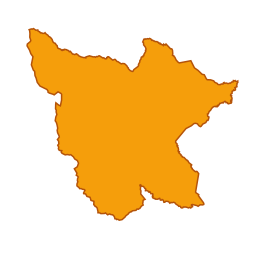 Marrupa, Niassa, Mozambique, rotated 274°
{"feature_id": "85939544B26738067837562", "entity_name": "Marrupa", "entity_type": "district", "adm_level": 2, "iso_a3": "MOZ", "parent_name": "Mozambique", "parent_adm1": "Niassa", "projection": "orthographic", "projection_center": [37.58, -13.04], "detail": "fine", "context": "isolated", "style": "filled", "palette": "amber", "viewbox_px": 256, "rotation_deg": 274, "n_neighbors": 0, "source": "geoboundaries", "source_scale": "gbopen_adm2", "svg_char_len": 5846}
<svg xmlns="http://www.w3.org/2000/svg" viewBox="0 0 256 256"><g transform="rotate(274 128 128)"><path d="M217.6,137.6L214.8,136.7L214.2,137.5L212.0,137.8L210.0,139.6L208.3,140.4L207.0,140.4L206.7,140.0L205.6,140.3L202.6,138.8L201.2,138.7L200.8,137.8L200.0,137.7L200.0,137.0L199.5,136.3L197.3,136.0L196.3,135.2L194.5,135.1L192.2,134.0L191.3,134.2L190.1,133.7L186.7,129.8L184.8,128.9L184.7,128.2L185.4,126.2L187.2,124.2L188.0,124.1L188.7,123.2L190.0,122.5L191.9,120.1L192.0,118.2L191.5,116.8L193.5,113.3L193.6,112.4L195.5,110.5L195.5,109.7L194.8,108.5L194.7,107.9L197.7,103.7L197.7,102.9L196.9,102.5L196.8,101.8L195.7,101.8L195.4,100.7L195.7,99.7L196.4,99.0L196.1,98.0L198.0,94.5L197.8,93.6L197.0,92.6L197.1,91.5L196.3,90.6L196.7,89.8L196.5,88.4L197.3,84.5L196.0,81.1L195.0,81.0L195.3,79.9L195.1,79.2L195.6,76.4L196.5,74.0L197.3,73.3L197.7,72.2L198.3,71.8L198.4,71.2L197.5,69.8L197.9,68.5L197.9,67.5L200.5,65.1L200.0,64.1L201.1,63.3L201.3,61.9L201.8,61.5L202.1,59.1L201.8,58.5L201.4,58.7L201.1,58.0L201.4,57.1L200.8,57.0L200.8,56.5L202.0,55.1L202.6,52.6L204.2,51.8L205.2,51.6L206.1,50.4L207.4,49.6L207.5,48.7L208.7,47.1L211.1,46.1L212.2,45.1L213.0,44.3L213.9,42.5L215.0,41.6L216.1,39.7L217.3,38.6L216.6,38.0L216.4,36.4L216.9,35.3L216.7,34.5L217.2,33.5L217.9,33.2L218.2,31.7L219.5,31.2L219.1,29.3L220.6,26.8L219.9,25.5L220.1,24.7L219.2,22.5L218.1,23.1L215.4,23.6L211.7,23.7L208.6,24.9L207.5,24.6L204.7,21.7L202.9,21.6L198.9,24.3L195.3,25.9L192.5,28.2L184.3,27.2L179.2,29.5L178.0,30.9L173.7,31.6L171.5,32.8L167.2,34.3L163.7,37.3L160.8,44.4L159.5,45.5L158.0,45.8L157.3,47.3L156.4,51.1L155.9,52.0L159.2,55.7L157.8,58.7L157.0,59.4L151.2,59.8L145.4,59.0L146.0,57.3L148.1,54.3L146.7,54.2L142.0,54.4L140.8,55.2L139.0,55.2L136.5,56.1L133.9,55.2L130.1,54.9L128.6,56.1L126.5,56.9L122.9,57.9L120.8,57.5L118.3,58.1L115.5,59.7L114.2,60.1L111.5,58.4L110.2,59.6L109.2,59.8L107.4,60.1L105.9,59.1L104.2,60.2L102.4,60.0L100.9,61.0L100.8,63.5L99.4,63.0L98.2,63.9L96.8,67.2L97.3,69.3L97.0,71.7L97.4,72.8L95.4,75.6L93.4,77.0L92.0,79.7L89.5,81.1L85.8,80.1L83.6,77.3L79.4,80.2L77.2,79.7L76.7,80.8L75.7,81.8L73.9,81.2L71.8,81.2L70.9,81.7L68.6,81.0L66.8,81.1L66.2,81.6L65.5,82.9L64.1,84.1L64.3,85.6L63.8,86.5L63.5,88.9L62.9,89.4L60.0,88.2L59.4,88.4L59.3,90.3L56.9,91.8L56.2,95.0L53.2,96.1L52.5,99.1L49.1,99.2L48.3,100.2L47.5,100.6L47.3,101.5L46.1,102.8L42.1,104.0L41.4,103.9L41.3,105.9L40.7,106.9L41.1,110.5L41.7,111.5L40.0,113.7L41.0,115.8L40.4,117.0L40.4,118.7L38.8,120.5L36.5,121.3L36.5,122.6L35.9,123.0L36.2,123.8L36.0,124.9L35.4,125.6L36.2,128.5L38.9,131.2L40.3,132.0L42.3,134.3L43.2,134.7L44.6,136.5L44.7,137.4L45.7,138.1L46.4,141.7L47.8,142.7L47.7,144.1L48.4,144.8L48.6,145.4L51.1,146.9L52.2,148.5L54.1,147.8L54.7,148.1L56.7,148.1L57.3,148.5L58.0,150.0L63.1,145.3L66.1,145.3L67.7,144.6L69.9,144.7L71.8,143.8L72.2,144.3L71.9,144.9L71.4,144.6L71.0,144.9L70.7,147.6L68.9,149.0L68.8,149.7L67.7,150.1L67.2,149.7L66.7,149.8L66.9,150.3L66.7,152.1L66.0,152.7L66.0,153.8L65.5,153.5L65.3,154.7L64.0,155.5L64.2,157.1L62.9,157.6L62.4,157.2L61.4,157.7L61.0,157.1L59.9,157.8L59.8,158.7L59.3,159.2L59.5,159.9L58.9,160.5L59.1,162.8L60.0,164.1L60.0,164.6L58.5,165.2L58.3,165.7L58.5,166.6L59.0,167.0L58.3,168.3L56.4,169.0L56.5,169.9L57.4,170.6L57.6,171.4L57.4,173.6L55.9,175.0L56.8,176.1L56.5,177.0L57.1,178.8L56.6,180.1L55.6,180.9L54.1,183.5L53.4,184.1L53.6,185.3L53.2,185.9L52.4,186.2L52.0,187.1L52.2,188.2L53.0,188.6L53.2,191.4L52.5,194.0L53.2,195.4L52.6,196.2L53.2,196.5L54.0,197.9L54.5,197.8L55.4,196.6L55.9,196.7L56.2,197.5L55.4,202.2L54.8,203.4L56.4,205.3L56.5,207.8L57.0,208.9L57.5,209.0L58.7,208.5L65.3,203.0L66.5,203.2L68.0,200.5L68.8,199.9L87.4,201.7L89.4,199.9L89.5,199.0L89.1,198.5L89.4,197.7L91.7,194.8L92.2,194.9L93.1,193.8L94.7,193.4L95.0,193.4L94.9,193.9L95.7,194.1L97.7,191.1L99.3,190.2L99.4,189.6L100.1,189.2L100.2,188.5L102.5,186.0L102.9,184.2L103.5,184.1L104.2,182.8L105.0,182.8L106.6,180.7L106.9,180.9L107.7,180.1L108.1,180.7L108.8,179.6L109.9,179.9L111.7,179.5L112.9,178.4L113.6,178.9L114.0,178.1L115.5,178.1L116.8,176.6L118.4,176.5L131.5,185.9L134.7,191.1L136.9,193.3L137.4,194.7L137.1,196.9L135.3,198.4L134.4,200.1L134.8,200.8L137.2,202.4L138.8,205.2L141.1,206.3L141.2,207.3L142.8,207.8L144.6,208.0L145.2,206.7L147.5,206.3L147.8,207.1L150.1,207.8L151.4,209.1L153.4,210.1L155.1,211.7L155.7,213.4L155.4,213.9L155.8,214.6L155.3,215.3L155.7,215.8L156.4,215.8L156.3,216.2L157.1,216.4L156.9,216.8L158.1,217.6L158.9,217.7L158.9,218.3L160.0,220.4L159.6,220.8L159.7,221.4L160.8,222.0L161.4,222.9L161.0,223.7L160.1,224.0L160.2,225.5L159.4,225.8L159.1,226.4L160.1,229.3L161.1,229.6L161.5,228.6L162.5,228.5L163.0,228.8L162.5,229.2L162.6,229.6L165.1,229.7L166.3,229.0L167.4,229.1L167.5,228.1L168.0,228.0L168.8,228.2L169.8,229.4L171.9,229.3L172.5,230.4L173.3,230.7L172.9,231.6L173.5,232.5L174.6,232.5L175.7,231.8L176.8,233.8L177.6,233.4L178.8,233.7L179.8,233.5L181.2,234.4L182.5,234.2L182.0,233.5L182.2,232.0L182.8,231.6L182.4,231.0L182.7,229.8L181.3,229.5L181.2,228.4L179.8,227.0L179.9,226.3L179.4,225.4L179.3,224.1L179.6,223.6L179.7,222.5L179.3,221.7L179.4,221.0L180.1,220.7L179.7,220.0L178.5,219.7L178.4,217.9L177.7,217.1L177.6,215.8L177.8,214.5L178.7,213.9L179.6,211.4L181.0,210.2L181.8,207.1L181.7,203.6L182.7,202.6L186.4,200.4L186.8,198.1L190.4,193.8L192.6,190.1L199.5,186.0L196.5,174.6L197.3,173.2L199.3,171.2L202.0,169.7L202.5,168.9L203.1,168.8L203.6,167.3L205.1,167.5L208.5,167.0L209.7,166.4L210.0,166.1L210.0,164.9L214.3,160.2L214.0,160.1L214.0,159.5L213.5,159.6L213.3,159.3L213.6,158.7L213.5,157.9L213.9,157.6L212.9,157.3L213.4,156.9L213.6,155.5L214.0,155.4L213.9,154.3L214.8,154.2L215.0,153.3L214.8,152.7L215.7,152.0L215.6,151.7L216.2,150.9L216.1,149.0L216.6,148.4L216.7,147.3L217.4,146.4L217.1,145.6L218.4,144.6L218.9,143.3L218.3,142.3L218.5,141.2L217.8,139.5L218.2,138.8L217.5,138.1L217.6,137.6Z" fill="#f59e0b" stroke="#b45309" stroke-width="1.5"/></g></svg>